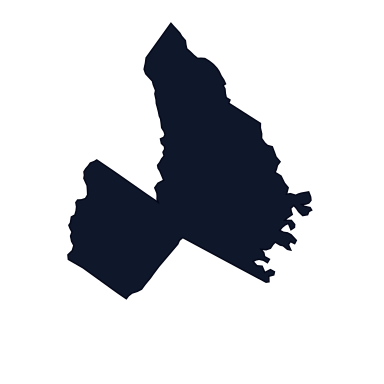 Juranda, Paraná, Brazil (Robinson projection), rotated 305°
{"feature_id": "56859067B47517937366548", "entity_name": "Juranda", "entity_type": "district", "adm_level": 2, "iso_a3": "BRA", "parent_name": "Brazil", "parent_adm1": "Paraná", "projection": "robinson", "projection_center": [-52.824, -24.406], "detail": "fine", "context": "isolated", "style": "filled", "palette": "ink", "viewbox_px": 384, "rotation_deg": 305, "n_neighbors": 0, "source": "geoboundaries", "source_scale": "gbopen_adm2", "svg_char_len": 2527}
<svg xmlns="http://www.w3.org/2000/svg" viewBox="0 0 384 384"><g transform="rotate(305 192 192)"><path d="M163.6,95.6L160.9,94.5L157.4,92.1L153.9,92.1L150.0,91.7L146.6,91.9L144.0,94.3L141.2,95.6L139.4,98.6L137.1,102.5L133.1,105.7L129.8,108.2L125.5,108.5L122.1,105.9L119.8,102.9L116.8,102.9L113.8,105.9L110.1,107.9L106.0,109.3L102.4,107.5L96.9,110.2L94.2,110.2L92.3,113.0L90.4,116.7L86.3,117.8L82.6,121.7L80.5,125.9L75.3,127.6L69.4,126.4L65.9,129.4L67.4,146.1L66.9,180.8L66.8,189.5L66.9,199.4L70.5,199.5L74.8,200.8L79.3,204.2L83.5,206.4L89.2,206.5L98.0,207.2L102.3,207.2L111.9,207.5L141.1,210.2L145.1,209.4L149.4,210.5L152.5,236.8L157.0,274.6L160.6,304.4L162.6,306.5L167.0,303.2L171.0,306.5L173.9,305.3L173.4,300.8L167.8,297.8L171.4,292.0L168.8,287.5L170.1,281.8L173.0,283.3L175.4,285.5L177.1,289.7L177.4,294.3L181.3,294.0L180.7,288.5L183.4,285.7L184.6,281.3L187.2,285.8L190.9,288.5L195.4,288.4L198.7,288.9L199.1,294.7L200.3,297.5L199.8,303.0L201.1,306.2L204.1,301.2L207.9,301.0L208.6,305.7L212.2,305.2L213.8,297.7L213.3,293.7L211.4,290.0L210.9,285.8L214.9,286.1L218.6,287.2L221.6,289.0L217.9,294.7L221.8,296.2L224.3,294.7L225.7,289.7L221.9,284.2L225.2,284.8L231.1,287.0L232.9,284.5L235.2,282.2L239.4,283.1L238.5,287.0L237.1,290.7L236.2,296.2L239.7,299.7L243.0,298.9L245.8,300.4L247.0,297.7L244.7,292.2L244.7,289.1L247.5,292.2L250.0,294.0L253.4,294.2L256.0,292.0L259.0,287.5L253.8,282.3L251.3,280.3L248.8,278.9L247.1,273.6L244.3,270.7L250.7,268.3L252.3,262.6L256.1,255.8L255.7,248.8L258.9,248.1L262.9,246.6L267.3,246.8L268.9,240.7L270.9,237.9L275.1,231.8L273.4,227.1L273.9,223.4L275.8,218.2L279.6,215.7L283.7,211.2L287.4,208.7L285.8,171.1L289.2,170.3L288.9,165.9L291.8,162.8L295.4,159.8L297.1,156.3L299.8,157.4L302.0,153.7L303.7,149.4L306.3,144.8L307.6,141.4L308.7,136.4L309.0,131.0L308.7,126.0L306.8,122.8L304.6,119.9L305.0,114.8L305.7,110.9L306.3,105.5L309.1,102.5L312.2,99.7L313.6,94.2L315.1,91.0L316.1,86.7L317.1,82.0L318.1,78.0L275.6,77.5L270.8,80.0L267.6,81.3L265.1,82.4L262.3,86.3L261.2,91.3L260.2,96.0L257.8,98.7L256.0,101.4L254.3,104.0L251.1,105.3L247.0,109.7L244.1,112.0L241.2,115.5L238.4,118.7L235.5,121.7L233.9,124.4L230.3,127.7L227.3,130.3L225.5,134.6L223.4,137.1L220.5,137.5L217.5,135.7L214.3,139.1L213.6,143.3L211.4,145.1L208.0,145.4L205.6,148.5L201.7,148.2L197.7,148.7L194.2,148.5L192.1,150.6L190.8,153.7L188.2,157.8L185.4,162.1L179.7,159.1L174.1,159.1L171.1,163.8L168.8,165.8L166.1,167.5L164.1,170.3L163.9,156.1L163.9,124.1L163.9,116.2L163.6,95.6Z" fill="#0f172a" stroke="#020617" stroke-width="1.5"/></g></svg>